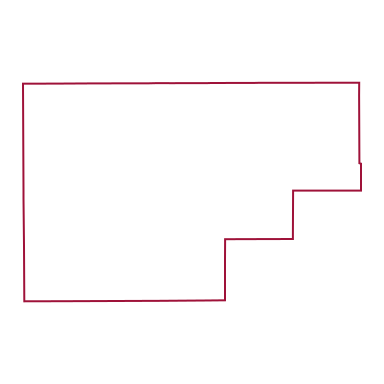 the district of 2 de Abril, Chaco, Argentina
{"feature_id": "61730980B81782209111955", "entity_name": "2 de Abril", "entity_type": "district", "adm_level": 2, "iso_a3": "ARG", "parent_name": "Argentina", "parent_adm1": "Chaco", "projection": "albers", "projection_center": [-61.281, -27.639], "detail": "fine", "context": "isolated", "style": "outline", "palette": "rose", "viewbox_px": 384, "rotation_deg": 0, "n_neighbors": 0, "source": "geoboundaries", "source_scale": "gbopen_adm2", "svg_char_len": 658}
<svg xmlns="http://www.w3.org/2000/svg" viewBox="0 0 384 384"><path d="M361.0,190.6L361.0,163.8L360.9,163.8L360.9,163.7L359.8,163.3L359.4,163.2L359.2,115.9L359.1,95.1L359.2,82.7L292.3,82.8L285.5,82.8L258.6,82.8L256.0,82.9L210.9,83.0L208.0,83.1L182.8,83.1L171.5,83.2L170.3,83.2L167.1,83.1L157.7,83.1L149.4,83.3L93.1,83.4L57.6,83.6L52.9,83.6L51.5,83.6L35.1,83.7L23.0,83.7L23.1,105.6L23.5,191.3L23.5,198.2L24.0,245.5L24.0,246.0L24.3,301.3L64.4,301.2L142.4,300.9L148.5,300.9L150.8,300.9L204.7,300.5L225.0,300.3L225.0,259.7L225.1,242.6L225.1,239.2L255.9,239.1L292.9,239.0L292.9,234.3L293.1,190.6L361.0,190.6Z" fill="none" stroke="#9f1239" stroke-width="2"/></svg>